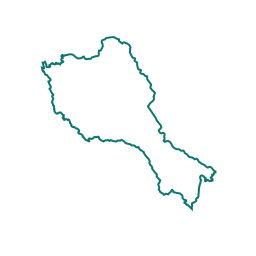 Tuva, Robinson projection, rotated 234°
{"feature_id": "RUS-2605", "entity_name": "Tuva", "entity_type": "Republic", "adm_level": 1, "iso_a3": "RUS", "parent_name": "Russia", "parent_adm1": "", "projection": "robinson", "projection_center": [94.276, 51.727], "detail": "fine", "context": "isolated", "style": "outline", "palette": "teal", "viewbox_px": 256, "rotation_deg": 234, "n_neighbors": 0, "source": "natural_earth", "source_scale": "10m", "svg_char_len": 5831}
<svg xmlns="http://www.w3.org/2000/svg" viewBox="0 0 256 256"><g transform="rotate(234 128 128)"><path d="M225.5,118.1L224.5,118.0L223.9,118.5L223.8,120.2L223.6,120.5L222.9,121.3L222.5,122.9L221.3,125.0L220.7,125.6L219.5,126.6L215.7,127.5L213.9,128.2L212.8,129.7L211.9,131.5L211.9,132.1L212.1,133.2L211.8,134.2L209.7,134.0L208.5,134.4L207.1,136.9L206.1,138.1L205.9,138.5L206.3,140.3L206.2,140.7L205.7,141.8L205.1,143.9L203.9,146.0L204.0,146.7L204.5,147.5L206.2,148.6L206.9,149.4L207.5,149.8L207.7,150.1L206.8,151.1L206.8,151.6L208.7,155.4L210.7,156.7L213.0,157.2L213.9,158.0L214.0,158.6L214.0,159.4L213.4,160.9L213.3,161.7L213.6,162.9L213.4,163.8L210.4,169.3L209.3,170.3L206.5,171.6L205.0,172.8L203.9,172.0L203.5,171.9L199.7,173.0L200.0,174.0L199.9,174.7L199.3,175.4L196.3,177.2L194.5,177.8L192.6,177.6L191.5,177.2L190.9,176.1L189.6,175.6L188.6,174.3L187.8,173.8L182.5,173.1L182.1,173.2L181.0,174.1L180.2,174.5L179.8,174.4L178.9,173.0L178.5,172.9L177.9,172.9L175.9,173.8L175.4,173.7L173.2,172.2L169.6,170.9L168.7,171.3L168.0,172.1L167.4,172.4L166.9,172.3L166.3,171.1L165.8,170.5L165.0,170.4L164.2,170.6L162.9,171.9L162.1,172.3L160.2,172.5L159.8,172.7L158.9,173.7L158.5,173.8L156.5,172.4L155.6,172.2L150.1,172.3L149.1,171.8L148.1,170.3L147.6,169.9L147.0,169.7L143.5,169.9L141.6,170.4L140.6,170.4L139.8,169.1L138.7,168.1L138.4,167.1L136.4,166.3L135.7,165.3L135.2,163.4L135.1,160.8L135.0,160.2L134.2,158.6L134.1,157.3L133.8,157.0L133.3,156.8L119.4,156.3L117.2,155.7L110.9,156.0L109.6,155.7L109.0,155.4L108.3,153.6L108.3,152.4L108.1,151.5L107.3,151.2L106.0,151.1L104.8,151.3L104.1,151.7L103.6,153.3L102.8,153.9L101.9,154.1L101.1,153.8L100.0,152.4L97.8,151.3L97.3,150.7L97.0,149.7L96.7,149.4L96.2,149.3L95.3,149.6L95.0,149.9L94.8,151.2L93.8,153.0L92.1,153.7L90.2,153.8L87.0,153.3L85.5,153.4L84.0,153.9L82.1,155.0L81.1,156.5L80.5,156.9L78.5,157.6L78.0,158.0L77.6,159.0L77.3,159.4L76.6,159.6L74.2,159.3L71.6,160.3L69.3,160.3L68.5,160.6L66.5,162.4L65.8,162.9L63.5,163.6L63.3,163.9L63.2,165.0L62.6,165.5L61.9,165.7L61.0,165.8L59.3,165.5L58.5,165.5L57.5,166.2L55.8,166.5L53.4,168.0L50.0,168.8L49.3,169.1L49.0,169.6L48.8,171.1L48.2,171.7L46.2,172.3L43.3,172.4L42.2,172.7L41.5,173.2L40.8,172.9L40.6,172.6L41.0,171.6L41.0,170.9L40.3,170.4L39.9,169.7L40.8,168.5L40.6,168.3L39.8,168.2L39.4,167.8L39.3,165.9L39.1,165.7L37.9,165.7L37.3,166.2L37.0,166.3L36.0,165.8L35.8,165.5L36.1,165.0L36.1,164.3L36.8,163.9L37.0,162.9L37.2,162.7L38.6,162.3L39.5,161.7L39.1,160.6L39.3,159.5L39.5,159.2L40.0,159.3L41.4,160.3L41.5,160.6L41.4,161.2L41.8,161.3L46.0,160.2L46.5,159.4L46.5,158.4L45.8,157.4L44.9,156.8L42.6,156.4L42.5,155.7L41.2,154.5L38.6,151.0L37.7,150.4L37.4,149.7L36.2,149.0L35.8,148.5L33.6,146.8L33.0,146.0L31.0,144.6L30.6,143.8L30.9,142.5L30.7,141.7L30.4,141.3L29.1,140.6L28.8,140.2L29.0,138.8L29.0,137.4L29.5,135.9L29.4,135.4L27.4,134.2L26.7,133.2L25.0,132.1L30.9,131.1L31.2,130.9L31.4,130.4L32.7,130.3L34.3,129.6L34.7,129.8L34.8,130.0L34.4,131.2L34.4,131.9L34.7,132.2L35.3,132.4L36.0,132.2L36.8,131.3L38.5,131.0L39.7,131.2L40.9,132.0L41.6,132.3L44.6,131.5L45.5,130.5L49.3,127.1L50.7,127.7L52.0,127.3L52.1,126.9L51.2,125.1L51.1,123.1L50.7,121.5L52.5,120.1L52.8,117.8L54.5,117.7L55.3,117.1L56.1,117.0L57.2,116.4L58.4,116.7L59.9,116.6L61.2,118.1L64.7,119.4L65.1,120.2L65.1,121.0L66.1,122.1L66.3,122.8L66.8,123.4L67.9,123.1L71.7,122.6L73.3,123.9L74.4,124.1L75.3,123.7L80.7,123.6L82.1,124.5L83.9,124.6L85.0,124.3L87.1,124.7L87.4,124.9L87.9,125.8L88.3,126.0L89.1,126.3L91.4,126.5L93.5,126.0L97.8,126.1L99.3,126.6L100.1,126.1L101.7,125.8L102.6,125.1L104.7,124.9L106.1,125.3L106.8,124.8L106.8,124.2L107.1,123.8L107.8,123.3L109.0,123.2L110.5,122.5L111.7,120.8L112.1,120.6L113.5,120.3L116.1,117.9L118.0,117.0L119.8,116.9L122.4,115.6L122.3,114.7L122.6,113.8L124.1,112.1L123.9,110.8L124.1,110.2L125.1,109.5L125.8,108.6L128.4,106.8L128.5,106.5L128.3,105.9L128.4,105.4L130.1,104.6L130.6,103.3L131.4,102.2L131.5,101.3L131.7,100.9L131.5,100.5L131.6,100.2L134.7,98.7L136.4,98.4L137.2,99.0L137.9,98.9L138.7,98.5L139.0,97.4L139.8,96.5L140.5,95.1L140.1,94.0L140.2,93.5L140.6,92.7L140.5,91.9L142.2,90.7L142.4,90.4L141.9,89.3L140.2,89.0L140.1,88.7L140.3,88.4L141.9,87.7L143.1,86.8L145.9,86.5L146.7,86.7L147.7,86.2L148.3,86.8L149.2,86.9L150.9,86.3L151.8,85.3L152.9,84.9L153.8,85.2L153.9,86.2L154.0,86.5L155.0,87.0L155.9,87.0L157.6,86.3L158.4,85.7L160.2,85.1L160.7,84.8L161.0,84.1L162.8,83.3L163.1,83.4L163.6,84.0L164.9,84.2L166.0,84.0L166.7,84.5L169.3,85.1L169.8,84.8L169.7,84.3L169.8,84.1L171.2,83.5L171.8,82.5L171.8,81.8L171.9,81.4L172.4,81.0L173.3,81.1L172.8,81.6L173.1,81.8L174.2,81.3L174.7,81.4L174.9,81.6L174.4,82.3L175.6,82.8L175.9,83.4L176.2,83.6L176.8,83.0L178.5,83.0L180.2,82.6L181.1,81.1L180.8,80.4L181.1,80.2L181.4,78.9L181.9,78.6L183.1,78.3L184.4,78.2L184.8,78.3L185.6,79.0L186.6,79.2L186.9,79.8L188.1,80.1L189.4,81.1L190.5,80.8L191.6,81.4L193.4,81.5L193.6,82.0L194.4,82.6L194.7,83.4L195.3,83.9L195.4,84.5L195.7,84.8L197.9,85.1L198.4,85.4L198.4,86.6L198.8,87.0L199.3,87.1L201.2,86.9L204.6,87.5L205.6,87.4L205.9,87.7L205.8,88.6L206.0,89.0L207.1,90.0L210.0,90.2L210.8,90.7L212.1,90.7L212.4,91.0L212.0,91.6L212.2,92.3L212.1,93.1L212.5,93.7L213.6,94.0L214.2,93.7L217.2,93.5L218.2,93.7L219.9,92.4L223.3,93.2L223.7,93.2L223.9,92.6L224.8,92.6L227.3,93.9L226.0,94.7L225.7,95.2L225.9,95.4L231.0,97.4L230.4,98.4L230.4,98.9L230.5,99.6L230.3,99.9L229.1,99.4L227.1,99.1L225.7,98.1L225.2,98.1L224.8,98.3L223.3,100.4L223.7,101.4L225.0,101.3L224.9,102.5L225.1,103.3L225.1,104.6L224.7,105.1L224.0,104.9L223.6,105.4L222.5,106.1L222.4,107.1L223.0,107.7L222.7,108.4L221.9,108.6L221.2,108.5L221.0,108.9L221.1,109.5L220.9,109.8L220.1,110.4L219.3,110.6L220.2,112.0L219.6,113.6L219.7,114.6L220.0,114.8L221.0,113.9L222.7,114.3L223.1,115.0L222.9,116.3L223.6,116.6L224.6,116.2L225.3,116.3L225.5,116.7L225.7,117.4L225.5,118.1Z" fill="none" stroke="#0f766e" stroke-width="2"/></g></svg>